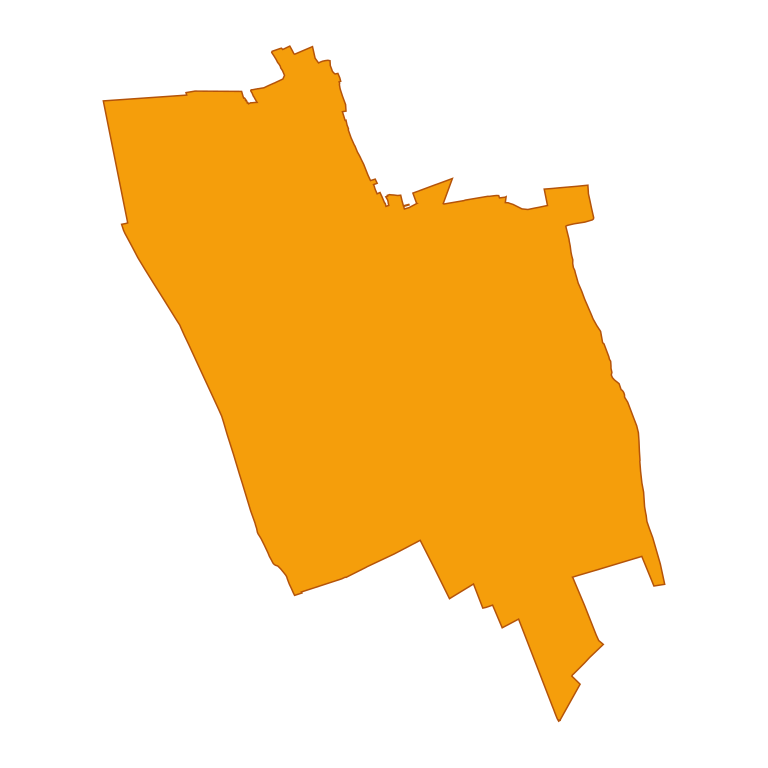 the district of Nicoresti, Galati, Romania
{"feature_id": "2599482B68541646922619", "entity_name": "Nicoresti", "entity_type": "district", "adm_level": 2, "iso_a3": "ROU", "parent_name": "Romania", "parent_adm1": "Galati", "projection": "orthographic", "projection_center": [27.308, 45.921], "detail": "fine", "context": "isolated", "style": "filled", "palette": "amber", "viewbox_px": 768, "rotation_deg": 0, "n_neighbors": 0, "source": "geoboundaries", "source_scale": "gbopen_adm2", "svg_char_len": 4773}
<svg xmlns="http://www.w3.org/2000/svg" viewBox="0 0 768 768"><path d="M594.3,321.1L593.1,319.0L593.0,318.6L592.5,317.6L592.2,316.7L591.9,316.0L590.6,312.9L589.5,310.4L586.9,304.3L585.6,301.4L584.4,298.5L581.8,291.4L580.5,288.4L579.3,285.6L578.2,283.1L576.5,277.0L575.4,273.2L574.7,270.3L573.4,267.6L572.7,263.5L572.8,259.8L571.7,255.7L571.0,252.2L570.2,246.0L569.2,240.9L569.0,239.2L565.8,226.3L566.4,225.8L568.1,225.2L574.1,223.8L577.9,223.2L584.9,222.1L592.3,219.9L593.4,219.0L593.7,217.8L591.5,208.1L590.9,205.2L590.0,200.9L588.4,193.7L588.3,191.5L587.9,185.5L587.9,185.2L582.8,185.7L576.9,186.3L574.6,186.5L560.5,187.7L552.0,188.5L544.2,189.1L547.5,205.5L543.6,206.3L538.9,207.3L534.6,208.1L527.9,209.5L522.0,208.9L513.0,204.4L509.8,203.4L508.3,202.8L505.3,202.6L506.1,196.7L505.1,197.2L499.5,197.9L498.7,195.6L496.8,195.5L494.5,195.7L488.9,196.4L488.3,196.3L487.8,196.3L465.3,200.1L463.9,200.6L444.0,204.0L443.2,203.6L452.4,178.5L436.7,184.3L436.0,184.5L412.9,193.1L416.6,203.3L416.9,203.4L409.1,207.6L404.4,209.0L403.7,206.4L409.0,204.9L408.8,204.4L403.4,205.8L402.0,200.7L400.7,195.2L397.7,195.5L393.8,195.0L392.0,194.9L390.7,194.8L389.6,194.6L387.3,195.4L387.6,196.2L385.8,196.8L387.6,199.9L388.2,202.2L388.2,202.9L388.8,205.4L386.0,206.4L385.3,203.8L385.1,203.2L384.6,203.0L382.1,197.0L380.0,192.5L377.1,193.8L375.3,189.6L374.6,187.6L374.3,186.3L373.5,184.6L377.2,183.3L375.2,179.1L370.5,180.6L368.0,175.2L366.1,170.4L363.7,164.3L361.1,159.1L360.3,157.3L359.1,155.0L357.4,152.0L355.0,146.1L354.2,144.8L351.0,137.6L348.3,129.9L348.5,128.8L347.0,124.9L346.0,120.2L345.3,120.5L344.9,120.0L344.7,119.1L343.8,116.2L342.4,111.7L346.0,111.1L345.6,104.6L342.6,96.5L340.6,90.4L340.0,88.3L339.4,84.6L339.6,83.4L339.1,81.8L340.7,81.3L339.8,77.9L337.9,73.4L335.9,73.8L335.1,74.0L334.1,73.2L333.2,72.3L332.3,71.1L331.7,69.3L330.3,65.6L330.0,60.7L328.3,60.4L328.1,60.3L327.8,60.3L325.4,60.6L324.9,60.7L324.0,60.9L322.9,61.1L321.2,61.7L318.5,62.9L315.1,58.2L312.5,46.6L294.7,54.2L293.9,53.7L293.4,52.8L292.3,50.6L289.8,46.1L282.7,49.5L281.5,48.2L280.2,48.5L272.1,51.3L271.7,52.5L274.2,56.3L276.2,59.6L277.6,62.4L279.1,64.3L280.2,66.1L280.8,68.1L282.5,70.6L284.5,75.4L282.9,79.0L279.1,80.8L276.5,82.0L274.5,83.0L273.4,83.4L272.3,83.9L269.8,85.0L267.2,86.2L263.9,87.8L262.0,88.1L260.1,88.4L258.6,88.7L257.9,88.7L256.6,89.0L255.3,89.2L252.8,89.7L251.5,89.8L250.8,90.2L250.8,90.9L251.4,92.0L252.1,93.1L252.7,94.6L253.1,95.5L253.2,95.9L253.6,96.4L253.9,96.9L254.4,97.7L254.7,98.3L255.0,98.9L255.7,100.0L256.2,101.0L257.1,102.4L254.6,102.5L251.7,102.8L251.3,102.8L250.9,102.7L248.5,103.8L248.1,103.2L247.9,102.7L247.3,102.9L247.0,101.9L246.7,101.1L246.3,101.0L245.8,100.7L245.7,100.6L246.2,100.3L245.8,99.8L245.6,99.5L245.1,98.8L244.5,98.0L243.7,98.1L243.0,96.2L242.3,93.8L241.6,91.4L194.9,91.1L187.2,92.4L186.0,92.6L186.7,95.1L103.3,100.9L105.6,112.4L107.2,120.4L109.6,132.5L115.5,161.9L127.7,222.9L125.8,223.5L121.6,224.3L122.9,228.3L123.5,230.2L125.0,233.5L131.8,246.1L137.7,257.4L139.3,260.1L145.5,270.3L154.7,285.1L162.2,297.0L169.0,307.9L175.9,319.0L177.6,321.7L179.8,325.1L180.9,327.7L184.4,335.5L188.7,344.5L199.9,368.8L211.8,394.5L218.3,408.6L220.9,414.4L221.7,416.2L223.6,422.3L227.2,434.6L233.5,454.4L239.7,475.0L242.4,483.6L247.4,500.1L250.7,511.0L255.0,523.0L255.6,525.3L256.6,528.4L257.4,532.3L258.2,534.1L259.7,536.4L261.1,538.7L264.3,545.1L267.9,552.7L269.4,556.4L271.5,560.2L272.3,561.8L273.2,563.4L274.3,564.5L275.4,565.2L276.2,565.5L277.6,565.9L278.1,566.3L280.6,568.8L283.5,572.3L286.0,575.5L286.9,577.3L287.2,578.5L288.6,582.3L289.4,584.3L291.4,588.5L293.3,592.8L294.6,595.4L301.9,593.0L301.3,592.0L302.5,591.6L308.4,589.7L341.8,578.8L345.2,577.2L346.0,577.4L366.1,567.3L366.9,566.8L394.1,554.0L420.2,540.3L434.8,569.0L449.5,598.7L451.9,597.2L473.5,584.0L482.8,608.1L486.0,607.4L489.0,606.4L492.6,605.1L502.2,627.8L518.6,619.1L552.5,706.6L553.7,709.6L554.8,712.6L556.5,716.9L557.2,718.6L557.8,719.7L559.1,721.9L558.2,719.9L560.2,720.3L560.4,719.5L580.1,684.2L571.8,676.1L572.6,674.7L573.5,674.0L579.1,668.4L584.7,662.8L587.2,660.1L589.6,657.5L603.3,644.4L598.7,640.5L596.2,635.0L584.6,605.6L572.8,577.6L572.5,577.2L577.6,575.6L599.3,569.2L641.8,556.4L652.0,581.3L653.9,586.0L655.9,585.7L664.7,584.3L662.5,574.1L660.3,563.9L652.7,537.6L649.4,528.7L646.9,521.4L646.2,515.5L645.7,513.2L644.6,506.9L643.6,492.1L641.9,483.0L640.6,471.4L639.8,461.2L640.0,460.5L639.4,451.3L639.0,441.3L638.4,432.7L636.7,425.8L633.6,417.8L627.7,402.2L624.6,397.2L624.5,394.8L623.7,392.4L622.6,390.8L622.0,390.2L621.1,389.6L619.1,383.7L614.3,379.8L612.4,377.6L611.3,375.0L611.9,372.4L611.0,368.3L611.0,366.2L610.7,361.6L610.6,361.1L609.5,359.4L608.8,356.6L604.0,343.9L603.3,343.3L602.6,342.6L600.6,331.4L596.8,325.6L594.3,321.1Z" fill="#f59e0b" stroke="#b45309" stroke-width="1.5"/></svg>